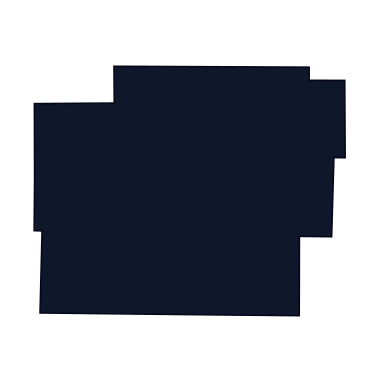 Jackson, Ohio, United States of America, rotated 86°
{"feature_id": "52423323B30327543932736", "entity_name": "Jackson", "entity_type": "district", "adm_level": 2, "iso_a3": "USA", "parent_name": "United States of America", "parent_adm1": "Ohio", "projection": "mercator", "projection_center": [-82.642, 39.026], "detail": "fine", "context": "isolated", "style": "filled", "palette": "ink", "viewbox_px": 384, "rotation_deg": 86, "n_neighbors": 0, "source": "geoboundaries", "source_scale": "gbopen_adm2", "svg_char_len": 358}
<svg xmlns="http://www.w3.org/2000/svg" viewBox="0 0 384 384"><g transform="rotate(86 192 192)"><path d="M75.6,66.4L61.1,261.1L97.8,263.4L92.8,343.1L168.6,348.2L219.6,352.2L220.4,344.3L302.1,352.1L315.7,184.4L322.9,93.6L243.8,87.9L246.4,55.8L167.6,48.0L168.6,36.8L91.3,31.8L88.7,67.3L75.6,66.4Z" fill="#0f172a" stroke="#020617" stroke-width="1.5"/></g></svg>